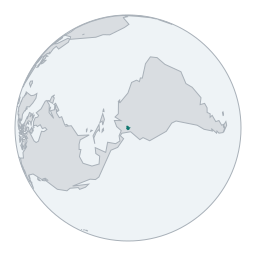 Caldas on an orthographic globe, rotated 273°
{"feature_id": "COL-1397", "entity_name": "Caldas", "entity_type": "Department", "adm_level": 1, "iso_a3": "COL", "parent_name": "Colombia", "parent_adm1": "", "projection": "orthographic", "projection_center": [-75.309, 5.29], "detail": "fine", "context": "on_globe", "style": "filled", "palette": "teal", "viewbox_px": 256, "rotation_deg": 273, "n_neighbors": 0, "source": "natural_earth", "source_scale": "10m", "svg_char_len": 8049}
<svg xmlns="http://www.w3.org/2000/svg" viewBox="0 0 256 256"><g transform="rotate(273 128 128)"><circle cx="128" cy="128" r="113" fill="#eef3f6" stroke="#a8b0b8"/><path d="M122.4,122.0L119.8,120.8L117.1,124.2L108.1,118.7L104.9,112.1L77.5,101.5L74.8,98.2L74.9,92.8L67.1,75.7L69.9,91.7L66.6,88.6L64.2,82.9L65.9,81.5L64.8,73.3L62.1,70.3L63.1,60.6L71.0,48.9L71.7,50.6L73.5,48.0L72.8,45.8L71.8,45.1L77.1,35.6L75.9,31.6L71.9,33.0L75.6,30.9L65.5,35.7L62.4,36.9L68.1,34.1L70.5,32.7L69.5,32.5L71.7,31.1L72.5,30.4L75.3,28.9L78.4,27.8L80.2,26.9L79.4,26.8L81.6,25.6L82.5,25.7L86.5,23.6L92.4,22.2L92.5,25.2L98.0,24.4L104.0,27.8L105.8,26.7L109.1,27.8L112.3,27.1L112.5,28.3L114.9,26.8L114.2,25.8L114.9,25.0L116.8,24.6L117.3,25.9L116.5,26.2L117.6,26.5L117.1,27.3L118.4,26.7L118.9,28.5L121.1,26.2L123.8,27.3L123.4,28.7L119.9,29.2L110.2,34.8L108.7,37.0L110.1,39.2L120.2,41.8L120.0,44.3L122.3,47.1L124.1,45.2L122.9,42.5L126.7,40.2L124.7,37.4L126.0,36.2L125.4,33.5L129.3,33.4L133.4,34.8L134.1,37.2L135.9,38.1L138.4,35.6L142.6,40.2L150.5,44.0L151.2,45.4L147.0,48.2L139.2,48.4L133.7,53.3L141.1,49.7L142.6,54.0L144.5,54.8L146.7,54.5L147.6,52.8L148.9,54.4L142.1,58.1L140.8,56.8L143.0,55.5L139.3,55.8L134.7,58.9L135.8,61.2L127.7,64.7L128.4,66.5L127.0,68.4L126.4,65.2L127.3,71.2L117.9,78.3L119.0,89.6L113.7,80.9L109.3,80.0L104.0,80.3L104.0,82.1L96.9,81.0L90.4,85.0L88.1,94.0L90.5,101.0L98.4,101.2L100.8,97.2L106.7,96.3L102.5,107.0L112.7,108.4L111.7,116.5L114.6,120.6L119.7,119.5L125.0,121.4L128.8,116.6L134.8,114.0L135.0,120.5L138.3,114.5L141.7,117.6L153.7,117.1L152.8,118.6L162.9,126.1L173.7,129.2L176.2,134.0L174.9,137.0L178.6,137.7L178.6,139.7L193.1,142.1L200.2,146.6L199.8,153.4L193.5,161.5L187.0,177.9L175.4,183.5L172.0,190.0L162.1,199.3L155.1,198.8L156.6,203.2L152.3,205.9L147.7,206.2L146.5,209.3L143.0,209.4L145.0,211.4L139.0,215.3L140.2,218.4L135.7,221.4L136.6,223.1L135.0,223.1L133.3,223.7L133.0,224.7L128.4,223.1L127.6,219.1L129.6,217.0L127.5,216.7L131.8,211.3L129.4,212.4L130.7,204.0L134.4,196.9L137.5,175.6L135.2,171.4L126.7,166.4L116.4,150.3L119.2,143.5L117.0,140.4L124.4,130.8L122.4,122.0ZM22.9,93.3L23.8,90.7L23.6,92.3L22.9,93.3ZM24.1,89.2L23.8,90.1L24.0,89.4L24.1,89.2ZM24.0,88.8L24.0,89.1L23.9,89.0L24.0,88.8ZM23.9,88.4L24.0,88.5L23.9,88.4ZM118.4,93.5L130.1,98.9L123.5,99.7L124.7,98.6L121.8,96.4L116.3,94.4L110.5,95.7L118.4,93.5ZM24.0,87.2L24.1,86.8L24.3,86.6L24.0,87.2ZM123.6,87.1L121.6,86.7L123.5,86.6L123.6,87.1ZM71.1,45.1L72.5,45.9L72.4,48.6L70.9,47.9L71.1,45.1ZM71.7,40.7L73.0,40.5L70.8,43.0L70.8,42.3L71.7,40.7ZM68.5,34.5L69.2,34.6L67.7,35.0L68.5,34.5ZM72.2,30.5L71.3,31.0L72.1,30.5L72.2,30.5ZM123.3,33.8L124.4,33.7L123.9,34.2L123.3,33.8ZM122.1,32.8L120.9,33.6L120.1,33.3L120.9,32.8L122.1,32.8ZM77.0,27.7L78.6,26.9L77.5,27.5L77.0,27.7ZM123.8,32.0L118.9,32.6L117.6,32.1L119.5,29.9L123.8,32.0ZM87.9,22.7L83.3,24.6L82.3,25.2L81.5,25.4L79.8,26.2L82.7,24.9L87.9,22.7ZM113.1,25.8L114.0,26.7L111.6,26.3L113.1,25.8ZM111.3,25.8L102.6,26.6L102.2,25.3L105.2,25.1L103.2,24.0L107.3,22.9L109.3,23.3L108.7,24.3L110.7,23.1L111.3,25.8ZM92.1,21.2L93.5,20.8L92.7,21.1L92.1,21.2ZM115.1,24.6L113.3,24.8L112.8,23.6L116.2,23.0L115.3,23.5L115.1,24.6ZM100.7,24.3L100.9,23.5L104.2,22.3L104.8,21.8L107.3,22.7L100.7,24.3ZM116.3,23.6L117.9,22.8L119.8,23.0L116.7,24.3L116.3,23.6ZM111.3,23.5L111.2,23.0L112.3,23.1L111.3,23.5ZM127.5,23.9L125.4,23.9L125.0,23.3L127.5,23.9ZM118.3,22.5L117.7,22.4L117.3,22.2L118.7,21.8L118.3,22.5ZM109.5,21.9L110.8,21.7L108.6,21.5L111.0,20.8L112.3,21.6L112.8,21.0L113.5,20.8L113.7,21.7L109.5,21.9ZM118.9,20.8L121.3,21.9L125.2,21.9L125.7,22.4L119.3,22.3L118.9,20.8ZM115.8,21.2L117.8,21.0L117.4,21.7L115.8,22.2L115.8,21.2ZM112.2,20.1L108.2,21.0L108.1,20.8L112.2,20.1ZM120.1,20.6L119.4,20.4L120.4,20.6L120.1,20.6ZM114.7,20.1L113.3,20.4L113.2,20.1L114.7,20.1ZM119.4,19.8L120.2,20.1L119.1,20.4L119.4,19.8ZM117.3,19.8L117.5,19.5L118.3,20.3L116.7,20.0L117.3,19.8ZM114.8,19.8L114.3,19.8L115.4,19.7L114.8,19.8ZM123.0,18.7L124.2,19.7L121.9,20.2L121.0,19.1L123.0,18.7ZM135.9,226.4L128.8,223.7L132.8,224.9L135.9,223.4L139.6,225.4L135.9,226.4ZM145.0,222.4L148.4,221.5L149.1,222.0L146.9,222.7L145.0,222.4ZM211.7,52.6L206.6,47.9L208.8,50.2L213.9,55.1L213.7,54.9L216.8,58.8L214.2,55.7L208.1,50.3L208.6,52.9L214.5,63.4L213.7,65.0L210.6,64.0L203.2,54.6L205.8,52.1L203.2,49.3L198.2,46.0L199.4,45.7L197.7,44.3L198.3,43.5L194.6,39.4L194.5,38.5L188.8,34.4L188.0,33.6L191.6,36.1L194.1,37.6L193.3,36.2L191.9,35.2L188.2,32.8L188.4,32.9L196.7,38.8L204.5,45.3L211.7,52.6ZM185.7,31.2L185.0,30.9L184.9,30.8L185.7,31.2ZM182.7,29.5L178.4,27.3L174.6,25.4L173.2,24.9L179.5,28.0L182.0,29.4L184.0,30.4L190.8,34.8L192.0,35.9L185.1,31.8L186.0,33.1L180.2,29.8L166.7,22.4L163.3,21.1L163.8,21.2L173.4,24.9L182.7,29.5ZM233.7,166.8L235.8,160.7L238.0,152.0L233.7,166.8ZM238.3,150.9L239.3,145.0L240.0,131.2L240.1,122.9L239.6,119.8L239.0,121.2L238.1,117.6L237.5,117.9L231.6,123.5L228.2,119.2L220.1,104.9L219.9,98.2L217.0,91.2L213.5,65.4L216.1,65.9L217.2,60.7L217.9,61.2L221.3,66.3L224.6,70.1L228.6,77.4L232.1,85.0L235.0,92.9L237.4,101.0L239.1,109.2L240.2,117.5L240.6,125.9L240.5,134.3L239.7,142.6L238.3,150.9ZM218.6,77.5L219.6,79.6L218.6,77.5ZM154.1,117.0L155.5,118.2L153.6,118.3L154.1,117.0ZM122.6,102.3L125.0,102.4L126.3,103.4L124.4,103.8L122.6,102.3ZM143.2,102.1L146.1,102.6L143.1,103.2L143.2,102.1ZM131.9,99.6L141.0,102.0L135.3,104.0L129.6,102.6L133.5,101.9L131.9,99.6ZM122.5,90.8L124.0,91.2L123.6,92.4L122.5,90.8ZM125.0,87.1L124.4,87.2L123.7,86.3L125.0,87.1ZM143.0,53.8L143.6,53.6L145.9,53.7L144.9,54.4L143.0,53.8ZM155.4,50.4L157.3,53.0L155.2,51.5L154.2,52.8L148.7,51.5L151.3,46.1L151.1,48.7L155.4,50.4ZM142.0,48.7L145.2,49.8L141.6,48.8L142.0,48.7ZM187.6,38.2L189.2,38.7L191.2,40.4L191.3,42.5L188.5,39.9L187.6,38.2ZM191.1,39.1L184.2,35.0L183.9,33.9L185.2,35.1L185.7,34.8L188.0,36.8L194.4,40.1L196.6,42.0L195.6,44.2L194.8,42.3L193.2,41.8L191.1,39.1ZM167.1,29.5L164.1,28.5L167.3,27.2L169.7,28.3L170.0,30.2L167.3,30.0L167.1,29.5ZM128.1,28.4L126.7,28.7L126.6,28.3L127.6,27.6L128.1,28.4ZM126.5,24.0L133.8,26.8L132.6,27.2L138.3,28.8L137.4,30.7L133.8,29.5L137.3,32.3L133.7,32.0L136.4,33.9L128.4,31.1L125.3,31.2L129.1,30.3L130.0,28.5L129.5,27.8L125.6,26.0L119.3,25.7L119.2,24.2L120.8,23.3L122.3,23.1L121.9,24.1L124.2,23.2L124.7,24.5L126.5,24.0ZM139.6,17.5L138.5,17.9L143.2,17.8L143.8,18.5L144.3,18.5L146.1,19.1L149.2,20.0L149.0,20.3L150.3,20.5L151.5,21.1L153.3,21.6L153.4,22.4L155.5,23.1L154.4,23.1L158.0,24.2L155.4,23.8L156.7,24.8L158.6,24.6L155.2,29.5L155.8,32.4L157.7,35.2L152.9,34.5L148.1,31.7L143.9,28.4L144.0,25.9L141.8,26.3L141.2,25.3L143.2,25.4L139.8,24.6L139.9,23.9L136.1,21.9L131.2,21.6L129.7,21.0L131.7,20.8L128.8,20.4L131.5,19.6L130.5,19.3L132.0,18.3L136.4,18.3L134.9,17.9L136.1,17.4L139.6,17.5ZM123.5,18.4L128.6,17.8L131.4,18.1L127.4,19.7L128.0,20.1L125.5,21.6L121.5,21.3L122.6,20.9L122.7,20.5L123.9,20.7L123.0,20.2L124.5,19.7L124.2,19.2L125.9,19.1L123.5,18.4ZM216.5,59.1L216.5,58.5L218.4,61.0L216.5,59.1ZM212.5,55.4L212.4,54.9L215.0,57.9L214.8,58.0L212.5,55.4ZM210.0,52.2L212.1,54.6L210.9,53.4L210.0,52.2ZM191.2,35.6L190.8,35.1L191.6,35.6L192.9,36.6L191.2,35.6ZM153.7,18.7L152.6,18.6L151.9,18.4L148.2,17.8L147.4,17.5L149.4,17.7L153.7,18.7ZM152.3,18.2L150.8,18.0L151.3,18.0L152.3,18.2ZM146.7,17.2L147.0,17.1L146.9,17.4L146.7,17.2ZM144.3,16.5L143.9,16.5L143.1,16.4L144.3,16.5ZM93.0,20.9L93.5,20.8L92.2,21.2L92.7,21.0L93.0,20.9Z" fill="#d9dde1" stroke="#a8b0b8" stroke-width="1"/><path d="M129.3,127.1L129.3,127.3L129.3,127.5L129.2,127.5L129.3,127.5L129.2,127.7L129.2,127.8L129.1,128.0L128.9,128.0L128.7,128.0L128.4,128.2L128.3,128.3L128.3,128.2L128.2,128.3L127.9,128.4L127.9,128.5L128.0,128.5L127.9,128.6L128.0,128.8L127.9,128.8L127.9,129.0L127.8,128.9L127.7,128.8L127.7,128.7L127.4,128.7L127.2,128.7L126.9,128.7L126.8,128.4L127.0,128.4L127.0,128.2L127.3,128.1L127.3,127.9L127.2,127.8L126.9,127.8L126.9,127.6L127.0,127.6L127.3,127.5L127.5,127.5L127.5,127.4L127.4,127.3L127.4,127.2L127.5,127.1L127.7,127.3L127.8,127.2L127.9,127.3L128.0,127.6L128.3,127.5L128.4,127.4L128.5,127.3L128.6,127.2L128.8,127.1L129.0,127.2L129.3,127.1Z" fill="#14b8a6" stroke="#0f766e" stroke-width="1.5"/></g></svg>